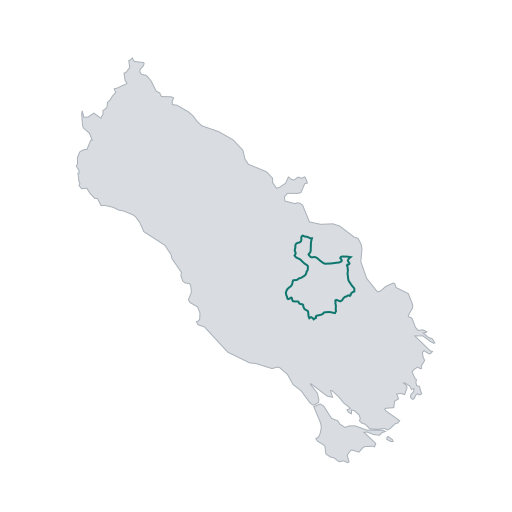 Konya on a map of Turkey (Robinson projection), rotated 225°
{"feature_id": "TUR-3011", "entity_name": "Konya", "entity_type": "Province", "adm_level": 1, "iso_a3": "TUR", "parent_name": "Turkey", "parent_adm1": "", "projection": "robinson", "projection_center": [32.808, 37.948], "detail": "fine", "context": "in_parent", "style": "outline", "palette": "teal", "viewbox_px": 512, "rotation_deg": 225, "n_neighbors": 0, "source": "natural_earth", "source_scale": "10m", "svg_char_len": 5961}
<svg xmlns="http://www.w3.org/2000/svg" viewBox="0 0 512 512"><g transform="rotate(225 256 256)"><path d="M401.1,182.0L408.6,184.5L410.9,182.7L417.6,182.9L423.6,184.3L426.8,180.3L431.0,180.7L431.9,182.8L433.9,183.5L440.4,188.6L439.7,189.3L441.3,191.2L446.7,192.5L447.4,195.1L451.7,199.0L454.2,205.0L453.1,209.2L450.9,211.8L454.7,220.9L453.7,222.0L460.4,225.0L468.6,224.5L471.2,225.8L479.5,233.0L481.6,235.8L476.0,232.4L473.0,235.3L471.7,242.4L463.1,243.7L464.6,248.3L467.0,250.5L466.4,254.8L467.1,256.6L469.6,259.4L469.5,263.3L470.6,267.5L470.8,272.5L474.5,274.0L473.0,276.3L469.4,286.3L469.7,287.1L472.4,287.4L478.7,292.0L477.7,293.6L478.6,300.0L484.1,304.2L483.3,306.3L483.6,308.5L479.7,307.5L472.2,313.3L471.3,313.1L470.2,311.1L469.7,305.4L467.8,303.9L465.3,303.5L461.2,306.2L457.4,306.0L453.5,305.5L443.2,302.0L439.5,303.2L435.6,301.9L428.2,308.9L425.9,309.5L424.7,306.0L422.0,304.0L418.6,306.7L405.7,310.1L399.7,310.6L392.3,309.5L386.3,309.8L369.9,317.7L354.2,321.9L340.0,321.5L332.1,316.6L326.1,315.5L308.1,323.0L299.2,322.7L296.1,319.6L289.3,318.4L287.9,321.3L286.5,328.4L289.0,334.8L285.2,335.2L282.7,336.7L282.1,341.5L278.6,343.4L277.5,346.4L276.9,346.5L271.2,344.0L272.7,341.7L269.1,332.6L270.8,329.8L278.1,322.5L277.8,318.2L274.6,315.2L265.4,320.6L264.5,322.7L262.4,324.3L259.0,324.9L242.3,317.9L232.7,324.1L224.4,333.1L218.2,336.3L199.7,338.8L196.5,340.6L190.2,338.7L186.4,336.3L177.9,326.1L161.8,318.4L144.8,316.5L143.3,318.5L142.7,326.4L139.9,333.8L138.5,334.6L134.8,332.7L121.7,337.1L110.5,332.2L108.6,330.1L106.2,321.5L104.6,320.9L102.8,322.1L100.9,322.0L92.9,318.3L88.6,318.1L85.9,321.7L81.7,323.2L81.6,322.2L83.3,319.8L76.6,320.3L73.0,322.1L68.1,321.0L68.5,320.0L72.4,318.8L81.5,317.5L87.2,311.8L65.8,312.1L63.7,313.3L63.5,310.3L64.7,309.0L70.3,307.9L70.0,305.4L66.6,302.8L62.9,301.4L61.3,295.1L59.5,293.6L59.7,292.7L63.2,291.6L64.1,287.1L63.6,284.3L56.7,281.8L55.2,282.1L53.5,279.6L50.6,277.9L48.2,279.3L41.3,275.6L42.6,272.9L44.4,273.0L44.7,270.9L43.4,267.4L43.6,265.6L45.1,265.1L46.8,265.4L48.5,267.5L48.6,271.5L50.5,273.9L51.8,271.5L55.0,272.8L60.7,271.6L61.8,270.5L57.6,270.7L56.1,269.7L52.9,263.1L56.4,261.2L58.9,257.9L54.2,255.8L55.3,251.3L51.3,246.2L56.9,239.7L56.6,238.7L54.9,238.3L37.9,241.1L37.7,238.2L39.0,235.6L39.1,229.4L39.9,226.0L43.1,225.0L47.0,220.0L53.4,214.2L59.9,214.3L62.5,212.7L66.4,212.6L67.4,214.9L70.8,216.5L76.8,216.2L79.6,214.7L76.9,211.8L80.3,210.9L83.0,211.6L81.5,214.7L82.3,215.0L90.1,214.1L98.1,214.9L107.0,214.5L108.2,213.5L101.9,210.3L106.0,207.5L108.2,207.0L126.9,204.5L127.0,203.8L115.6,202.4L109.8,198.7L108.2,196.7L109.5,191.8L110.7,190.6L114.8,190.4L128.8,192.6L138.9,191.3L149.8,194.5L160.3,193.8L162.4,192.4L165.1,187.7L179.9,180.0L185.0,175.9L208.0,168.0L242.3,169.4L248.3,166.4L251.7,167.4L250.8,169.4L251.0,171.3L255.2,176.0L261.3,178.7L269.8,176.4L272.9,177.3L276.0,184.7L281.4,189.0L283.8,189.4L287.0,186.8L290.1,186.5L295.2,189.0L297.0,191.6L313.5,194.7L316.9,196.9L328.1,199.1L352.5,193.9L361.6,197.4L369.2,198.6L372.4,198.0L382.2,193.8L385.2,191.5L391.4,189.4L399.0,184.7L401.1,182.0ZM84.5,169.1L83.8,172.3L85.2,176.0L88.6,181.0L92.0,183.5L108.6,190.3L106.1,196.7L102.0,197.7L87.7,194.6L81.8,197.2L77.7,196.5L71.8,197.7L70.1,201.5L65.9,205.9L54.3,211.4L43.5,222.1L40.5,223.5L42.0,219.9L41.9,216.6L46.6,212.9L53.1,210.0L54.9,207.7L38.7,208.1L37.2,204.8L38.9,204.1L44.3,198.2L44.9,195.9L44.5,190.1L51.0,186.7L51.6,185.4L50.7,179.6L44.7,176.3L44.9,174.7L49.2,173.2L51.8,169.2L58.1,168.4L61.1,166.5L66.6,165.5L73.3,170.5L81.4,168.6L84.5,169.1ZM35.0,221.8L29.6,222.6L27.9,221.8L29.7,220.0L33.9,218.8L35.2,220.6L35.0,221.8Z" fill="#d9dde1" stroke="#a8b0b8" stroke-width="1"/><path d="M203.9,248.2L204.9,249.0L205.3,249.2L206.7,249.6L209.0,251.2L210.3,254.0L210.4,255.6L210.3,257.1L210.0,258.8L210.1,260.5L210.6,261.7L211.2,262.8L212.0,263.8L212.5,265.0L212.0,265.8L210.7,267.3L210.1,268.2L209.8,270.5L209.0,271.8L208.4,273.3L208.3,274.4L207.9,275.4L207.7,277.7L208.6,280.0L208.9,280.2L209.1,280.5L209.3,281.7L209.7,282.8L211.3,284.7L212.3,285.6L213.3,285.6L216.2,285.0L219.9,284.8L221.8,284.9L223.7,284.4L225.5,283.7L227.3,283.3L229.1,283.6L229.4,285.1L230.2,286.3L231.4,286.7L232.5,287.3L233.4,288.5L234.2,289.9L235.2,290.8L236.0,291.8L236.3,293.5L235.7,295.0L235.2,295.6L234.8,296.4L234.6,297.7L234.7,298.5L235.6,299.8L236.2,300.3L237.1,301.2L237.6,302.4L237.4,303.4L236.9,303.7L235.6,304.1L234.9,304.5L233.9,305.4L232.5,306.1L230.4,306.8L229.8,307.2L229.0,308.1L228.4,307.0L226.7,304.4L225.3,302.9L223.4,300.9L220.7,298.0L220.1,296.2L220.2,295.7L220.0,294.3L219.0,294.0L216.7,293.9L215.6,294.5L214.9,295.4L213.7,296.9L211.3,297.8L207.6,298.0L204.0,298.5L201.7,299.3L200.5,300.7L197.7,303.7L194.8,307.5L192.5,310.4L191.9,312.3L192.0,313.3L193.5,314.0L194.9,314.1L195.3,314.9L195.2,315.7L194.5,316.8L191.0,320.1L188.3,322.1L188.5,320.1L188.1,318.2L187.6,317.5L186.9,317.3L185.8,317.2L184.7,316.9L184.4,316.1L184.6,315.2L185.3,314.7L185.2,313.8L184.4,313.4L183.5,313.0L181.9,311.6L181.1,311.1L180.5,310.4L179.4,309.0L178.2,307.7L176.5,306.6L175.0,305.2L173.0,304.0L166.9,302.8L164.5,302.7L163.4,302.4L162.5,301.6L161.9,301.0L161.4,300.4L162.1,298.8L162.3,297.1L162.0,296.0L161.4,295.1L161.4,294.1L162.5,293.8L163.2,292.9L163.3,291.5L164.3,290.0L164.3,287.7L163.8,285.5L164.3,283.6L165.1,283.1L166.7,282.5L168.3,281.6L168.4,280.6L166.7,279.2L166.2,278.4L165.4,278.1L163.7,276.7L162.3,275.0L160.4,273.5L159.8,271.4L164.0,268.7L165.8,266.9L167.9,264.3L168.0,263.7L167.9,263.1L167.8,262.5L168.2,261.0L169.0,259.6L170.8,256.8L171.0,255.6L170.6,255.3L169.8,254.6L170.0,254.3L170.1,253.9L170.4,252.0L171.8,252.2L173.7,251.8L174.0,251.4L174.2,250.5L174.3,249.7L175.3,250.1L176.4,250.7L179.7,253.4L180.6,253.7L183.1,253.0L184.3,252.8L186.3,253.5L187.1,253.9L188.0,254.7L189.0,254.7L190.4,253.6L191.9,253.0L193.7,253.7L194.7,253.1L195.6,252.0L198.0,250.1L199.2,250.5L200.6,251.5L201.6,251.6L201.9,251.1L202.1,249.6L202.4,248.8L202.8,248.2L203.9,248.2Z" fill="none" stroke="#0f766e" stroke-width="2"/></g></svg>